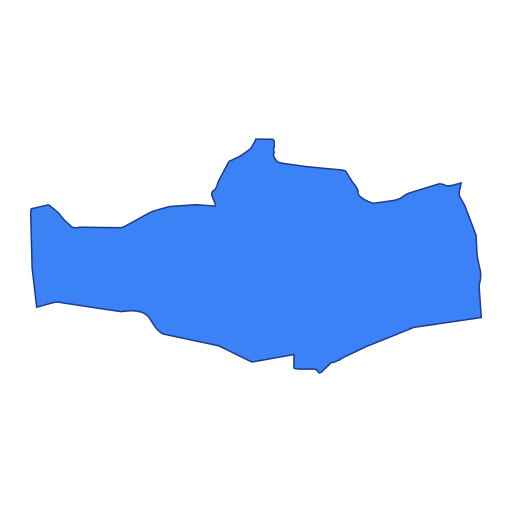 the border of Ömnögovi
{"feature_id": "MNG-3298", "entity_name": "Ömnögovi", "entity_type": "Province", "adm_level": 1, "iso_a3": "MNG", "parent_name": "Mongolia", "parent_adm1": "", "projection": "robinson", "projection_center": [104.196, 43.387], "detail": "fine", "context": "isolated", "style": "filled", "palette": "blue", "viewbox_px": 512, "rotation_deg": 0, "n_neighbors": 0, "source": "natural_earth", "source_scale": "10m", "svg_char_len": 2033}
<svg xmlns="http://www.w3.org/2000/svg" viewBox="0 0 512 512"><path d="M120.8,311.6L99.8,308.5L78.7,305.3L57.6,302.1L55.2,302.1L36.7,307.2L32.1,268.0L30.7,214.1L31.0,210.0L31.2,209.2L31.7,208.7L47.5,205.0L48.2,204.9L48.9,205.1L49.6,205.5L58.4,212.8L64.1,219.9L71.7,226.9L75.2,228.0L80.0,227.2L120.3,227.7L121.5,227.6L124.1,226.7L150.2,212.4L154.3,210.8L169.6,206.5L195.9,204.7L215.4,206.1L215.5,205.0L215.0,203.3L211.8,195.3L211.8,193.2L212.5,191.4L215.1,189.4L215.8,188.3L216.8,186.5L217.7,183.3L218.5,181.2L227.6,163.9L229.1,161.4L239.9,156.3L248.7,150.2L250.3,148.8L251.4,147.4L255.0,141.2L255.5,140.1L255.8,139.1L272.9,139.3L274.0,140.7L274.3,141.2L274.3,141.4L274.3,141.8L274.2,143.0L274.2,143.8L274.3,146.3L274.3,146.7L274.3,147.1L274.2,147.4L273.7,148.4L273.6,148.7L273.5,149.1L273.5,149.5L273.6,149.9L273.7,150.6L274.0,151.2L274.1,151.7L274.1,152.5L273.8,154.0L273.6,154.7L273.5,155.2L273.5,155.9L275.7,159.8L276.9,161.2L278.2,162.2L282.1,163.2L305.2,166.5L326.7,168.6L341.5,169.9L344.7,170.6L345.7,171.2L352.4,182.0L355.8,186.3L357.3,189.0L358.0,190.6L358.0,191.8L358.0,193.2L358.8,194.9L359.7,196.2L363.9,199.3L368.0,201.4L372.0,202.9L373.6,203.3L389.9,201.0L394.5,200.3L396.9,199.7L400.8,198.1L405.3,194.8L409.0,193.1L438.8,183.9L440.3,183.9L442.7,184.2L446.5,185.8L447.5,186.0L452.7,185.3L461.1,182.9L459.2,192.2L459.1,194.2L459.3,195.3L459.8,196.8L464.6,205.1L476.0,235.1L476.6,244.9L476.9,252.7L477.6,258.6L480.4,271.1L480.6,273.6L480.7,276.1L480.4,279.1L479.9,282.1L479.2,284.9L479.1,286.4L481.3,317.5L458.8,320.8L436.3,324.1L413.7,327.4L390.1,337.0L366.4,346.5L345.6,356.4L341.8,358.3L339.5,360.0L338.7,360.3L337.7,360.6L335.0,361.9L332.1,362.4L331.1,362.7L321.3,372.3L319.1,372.9L317.1,370.6L315.9,369.5L314.8,369.1L299.4,369.1L294.3,368.4L293.9,367.8L294.0,354.5L273.4,358.2L252.7,361.9L251.2,361.7L235.6,354.1L220.2,346.5L218.5,345.8L200.2,341.9L181.9,338.0L163.6,334.1L160.5,332.5L155.9,328.0L148.0,316.1L142.9,312.6L137.0,311.1L131.0,310.7L120.8,311.6Z" fill="#3b82f6" stroke="#1e3a8a" stroke-width="1.5"/></svg>